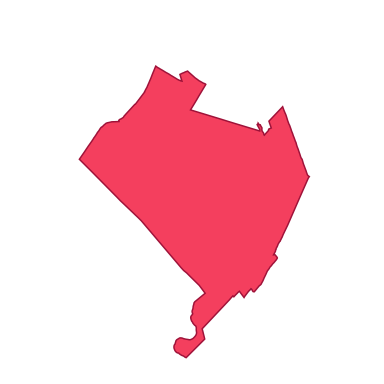 the district of Teslui, Olt, Romania, rotated 315°
{"feature_id": "2599482B32514865350694", "entity_name": "Teslui", "entity_type": "district", "adm_level": 2, "iso_a3": "ROU", "parent_name": "Romania", "parent_adm1": "Olt", "projection": "robinson", "projection_center": [24.367, 44.554], "detail": "fine", "context": "isolated", "style": "filled", "palette": "rose", "viewbox_px": 384, "rotation_deg": 315, "n_neighbors": 0, "source": "geoboundaries", "source_scale": "gbopen_adm2", "svg_char_len": 5810}
<svg xmlns="http://www.w3.org/2000/svg" viewBox="0 0 384 384"><g transform="rotate(315 192 192)"><path d="M285.8,264.1L285.7,263.6L285.8,263.4L285.7,262.9L285.6,262.2L285.6,261.9L285.7,261.7L286.2,260.5L286.8,259.2L287.5,257.9L288.9,254.8L289.7,253.1L290.2,251.9L291.1,250.1L291.9,248.7L292.4,247.8L292.8,247.1L293.1,246.2L293.3,244.9L293.8,243.8L294.9,241.7L297.6,236.2L298.3,234.5L299.4,232.4L299.9,231.6L300.3,230.9L300.6,230.3L300.8,229.7L300.9,229.3L301.5,228.1L302.5,226.0L303.3,224.1L304.5,221.7L305.5,219.3L306.4,217.6L308.2,213.8L308.5,212.7L308.8,212.0L309.1,211.4L310.2,209.0L311.2,207.2L312.3,205.1L312.5,204.7L312.9,203.9L313.4,202.7L313.8,201.6L314.6,199.7L314.8,199.2L316.4,195.8L296.5,196.3L295.9,197.5L295.6,198.0L294.8,199.7L293.3,202.8L292.4,202.4L290.7,201.8L290.3,202.1L290.0,202.2L289.9,202.2L289.7,202.4L289.6,202.6L285.5,202.8L283.3,203.0L283.3,202.7L283.4,202.3L283.7,201.7L284.0,201.4L284.3,200.9L284.4,200.2L284.5,199.5L284.5,199.1L284.7,198.7L284.8,198.4L284.9,198.2L285.2,197.6L285.4,197.5L285.7,197.1L286.2,196.7L286.5,196.4L286.8,196.1L287.0,195.6L287.1,195.1L287.1,194.6L287.3,194.3L287.3,194.1L287.4,193.7L287.6,193.3L287.8,192.8L287.7,192.6L287.6,192.4L287.5,192.2L287.3,192.1L287.1,191.9L287.1,191.7L286.8,191.3L286.6,191.0L286.6,190.9L286.9,190.7L287.1,190.5L287.4,190.3L287.5,190.3L287.5,190.2L287.4,190.3L287.2,190.4L286.7,190.3L285.7,190.4L285.6,190.7L285.5,191.1L285.0,192.6L284.9,193.1L284.8,193.5L284.6,194.0L284.5,194.3L284.4,195.1L284.2,195.4L284.1,195.6L283.0,196.7L270.2,172.8L263.4,159.9L249.0,132.9L256.1,131.2L260.9,130.0L264.6,129.0L276.2,126.1L277.4,125.8L277.8,125.7L277.9,125.3L277.9,125.2L277.2,123.4L277.0,123.1L276.0,119.4L275.7,118.5L275.4,116.3L274.9,113.4L274.8,110.9L274.4,104.7L274.4,103.5L274.4,103.4L271.8,102.2L270.5,101.8L269.3,101.2L266.6,100.3L264.3,104.6L264.0,105.0L263.9,105.2L263.9,105.4L263.6,105.8L263.5,106.1L263.4,106.3L263.3,106.5L263.1,106.2L262.7,105.7L262.6,105.3L262.4,104.7L262.1,104.2L261.9,103.8L261.8,103.2L261.6,102.8L261.4,102.2L260.7,99.1L260.5,98.4L260.3,97.5L260.2,97.1L260.0,96.5L259.9,95.8L259.6,94.9L259.4,94.0L259.3,93.3L259.2,92.8L258.8,91.3L258.5,90.2L258.4,90.0L258.3,89.7L257.9,88.1L257.6,86.8L257.5,86.4L257.2,85.1L257.1,84.7L256.8,83.7L256.7,83.3L256.7,83.2L256.5,82.6L256.3,81.7L256.1,80.8L256.0,80.6L255.9,80.3L255.7,79.6L255.6,78.8L255.5,78.0L255.4,77.5L255.4,77.4L255.1,77.5L254.7,77.6L253.5,78.1L252.8,78.4L250.7,79.3L249.2,79.9L246.6,81.0L246.2,81.2L244.8,81.8L244.2,82.1L243.4,82.4L242.5,82.8L241.0,83.4L240.9,83.4L239.3,84.1L235.9,85.4L234.7,85.9L234.0,86.2L233.1,86.4L231.7,86.8L229.9,87.4L229.5,87.5L229.2,87.6L229.2,87.8L214.0,89.9L213.6,89.6L199.6,90.2L198.6,90.3L197.8,90.3L197.3,90.4L196.3,90.7L196.1,90.7L195.8,90.6L194.7,90.4L193.6,90.1L193.4,90.1L192.8,89.8L192.5,89.7L191.9,89.5L191.0,89.6L190.8,89.7L190.6,89.8L190.6,90.1L190.5,90.4L190.2,90.6L189.7,90.1L187.2,87.8L185.5,86.2L184.7,85.5L182.9,84.4L180.9,83.1L180.4,82.9L180.0,82.7L179.6,82.6L178.1,82.5L177.3,82.4L174.8,82.4L174.3,82.3L174.1,82.3L173.9,82.1L172.9,82.1L171.6,82.3L170.4,82.6L169.5,82.8L169.2,82.9L168.7,82.9L167.8,83.0L167.0,83.1L166.1,83.4L162.2,84.2L160.6,84.4L159.3,84.8L158.0,85.0L157.2,85.2L155.5,85.5L152.0,86.1L151.3,86.2L148.9,86.7L148.7,86.7L144.3,87.6L135.5,89.2L135.5,106.5L135.5,106.9L135.4,123.1L135.3,140.0L135.3,141.4L135.2,147.8L135.5,159.7L135.7,168.9L135.8,172.0L135.8,172.9L135.8,173.3L135.8,173.5L135.8,174.4L135.8,176.4L135.8,176.5L130.9,236.4L130.8,237.3L130.6,241.6L131.0,245.4L131.0,250.6L131.1,263.2L129.7,272.9L116.3,271.6L115.6,271.8L115.1,271.8L114.1,272.5L112.1,273.6L110.4,275.0L107.8,276.3L106.8,277.6L106.7,278.2L105.8,278.9L105.3,278.9L104.3,279.0L103.3,279.2L102.1,280.1L101.3,281.3L100.8,282.3L100.5,282.9L100.4,284.0L99.9,285.4L99.7,287.3L99.7,288.3L99.9,289.5L99.1,291.0L97.5,292.5L96.7,293.5L95.8,294.7L94.7,295.5L93.2,296.1L91.2,296.3L89.3,296.3L88.5,296.1L86.8,295.5L86.1,295.0L85.5,294.5L85.0,293.6L84.0,292.3L83.1,291.0L82.4,289.8L81.8,288.4L81.0,287.3L80.1,286.5L78.5,286.1L76.8,285.7L75.6,285.8L74.5,286.4L73.4,287.0L72.5,287.5L71.7,287.6L71.0,287.8L70.0,288.5L69.0,289.5L68.3,290.9L67.8,292.2L67.7,292.6L67.6,293.7L67.7,294.7L68.0,295.6L68.5,296.2L68.7,296.7L68.6,297.3L68.7,297.9L68.9,299.1L69.2,300.0L69.4,300.8L69.5,301.0L69.9,301.6L70.0,301.9L70.1,302.6L70.2,303.1L70.2,303.6L70.4,303.9L70.4,304.2L70.7,305.0L97.0,305.0L102.5,295.9L142.4,294.7L143.4,294.6L144.3,294.5L147.5,294.4L147.5,295.7L149.9,295.6L151.5,295.6L152.9,295.6L153.2,295.5L155.3,295.7L155.0,297.8L154.8,299.1L154.2,303.4L155.4,303.1L161.0,302.3L162.9,302.2L163.1,302.2L163.4,302.3L163.6,302.3L165.3,302.1L165.4,302.6L165.4,302.9L165.3,303.2L165.1,304.2L164.9,304.6L164.8,305.4L164.8,305.6L164.8,305.8L165.5,306.6L165.8,306.6L167.4,306.4L168.0,306.4L169.7,306.2L170.8,306.1L173.0,305.9L173.4,305.9L174.1,306.0L174.6,306.1L175.5,306.1L175.8,306.0L176.2,305.9L177.0,305.6L178.5,305.2L179.4,304.9L180.2,304.6L180.7,304.4L182.1,303.8L183.6,303.3L185.0,302.8L185.9,302.5L186.9,302.1L187.2,302.0L187.7,301.8L189.2,301.2L190.3,301.0L191.3,300.9L192.5,300.7L193.1,300.5L193.4,300.4L194.0,300.3L194.8,300.2L195.0,300.2L195.3,300.2L195.5,300.2L195.8,300.3L196.3,300.2L196.8,300.1L198.1,299.9L198.8,299.9L199.2,299.9L199.9,299.9L201.0,299.8L203.0,299.6L203.5,299.6L204.8,299.3L205.4,299.1L205.7,299.0L206.0,298.4L206.1,297.6L206.2,296.9L206.2,296.3L206.3,295.9L206.3,295.4L206.3,295.0L206.2,294.9L206.1,294.7L205.4,294.3L205.2,294.1L207.6,293.4L209.1,292.9L209.4,292.7L209.7,292.5L210.2,292.0L210.7,292.1L210.8,292.0L211.8,291.3L212.5,291.2L213.1,291.0L214.5,290.5L215.9,289.8L216.7,289.6L218.6,289.1L219.0,289.1L219.4,289.1L219.7,289.1L220.5,288.7L222.1,288.2L223.2,287.8L223.7,287.7L226.5,286.5L236.2,283.1L262.7,272.7L284.1,264.4L285.0,264.2L285.8,264.1Z" fill="#f43f5e" stroke="#9f1239" stroke-width="1.5"/></g></svg>